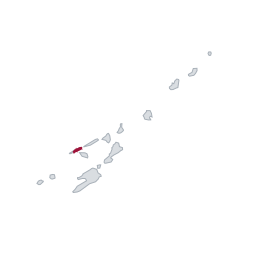 South Maewo, Penama, Vanuatu (highlighted), rotated 248°
{"feature_id": "77236927B86135291775280", "entity_name": "South Maewo", "entity_type": "district", "adm_level": 2, "iso_a3": "VUT", "parent_name": "Vanuatu", "parent_adm1": "Penama", "projection": "equal_earth", "projection_center": [168.149, -15.259], "detail": "fine", "context": "in_parent", "style": "filled", "palette": "rose", "viewbox_px": 256, "rotation_deg": 248, "n_neighbors": 0, "source": "geoboundaries", "source_scale": "gbopen_adm2", "svg_char_len": 3670}
<svg xmlns="http://www.w3.org/2000/svg" viewBox="0 0 256 256"><g transform="rotate(248 128 128)"><path d="M93.0,59.1L94.6,69.8L96.4,69.7L97.3,69.2L98.3,66.7L98.8,62.7L99.8,62.2L100.9,62.6L100.4,63.8L100.8,67.0L101.7,68.7L102.3,69.0L103.5,77.3L104.0,79.0L104.0,80.4L101.4,83.5L97.6,83.4L95.0,85.2L93.3,85.1L93.4,83.0L91.9,81.4L90.3,77.8L90.7,71.5L87.7,59.8L87.7,56.9L88.7,53.1L89.6,52.9L91.0,56.1L93.0,59.1ZM109.1,100.1L110.2,100.8L110.8,100.8L111.2,102.4L114.6,105.5L115.6,105.4L116.4,107.1L117.8,108.0L118.2,109.8L119.3,111.5L117.5,113.7L113.9,113.1L111.9,115.5L110.0,114.9L109.7,113.6L109.9,113.2L108.8,109.9L108.3,104.9L107.6,102.0L106.8,100.7L105.1,101.8L104.4,102.0L102.8,99.6L103.6,94.7L104.0,93.3L105.3,93.0L107.2,94.3L109.1,100.1ZM155.1,191.6L154.0,193.1L153.0,193.0L146.8,189.4L147.0,187.9L146.8,184.1L147.5,182.1L149.2,181.3L150.5,181.7L151.3,184.7L153.2,185.9L151.9,187.0L154.2,189.2L155.1,191.6ZM133.9,146.7L136.3,151.3L137.2,151.7L135.8,155.0L132.8,155.2L129.2,154.4L130.5,153.3L129.9,152.0L128.8,151.7L127.6,152.3L127.0,152.1L127.8,150.0L129.8,147.0L130.3,146.8L130.9,146.8L131.4,147.0L133.9,146.7ZM130.3,107.9L127.6,108.2L123.7,107.2L122.2,105.8L121.5,104.4L122.8,103.4L124.8,102.9L127.2,99.6L128.0,100.9L128.9,104.5L129.8,105.6L130.4,106.7L130.3,107.9ZM158.7,210.8L157.5,214.3L155.3,213.5L153.3,211.0L152.2,208.8L153.0,204.5L154.0,203.8L155.1,204.1L155.6,208.2L158.7,210.8ZM128.3,96.1L127.9,96.1L127.5,94.6L126.2,86.7L127.1,79.6L127.6,81.1L129.6,93.5L129.4,95.6L128.3,96.1ZM133.9,122.1L134.6,122.6L134.3,124.0L131.0,122.4L128.3,123.0L127.6,123.0L126.8,121.7L126.2,119.3L126.5,117.6L127.6,116.4L128.0,116.2L128.8,117.7L129.6,118.7L130.3,119.1L132.0,121.5L133.9,122.1ZM121.1,78.8L119.5,80.3L116.5,80.1L115.4,79.3L119.0,74.8L123.3,73.8L121.1,78.8ZM113.2,40.7L112.2,42.3L109.5,41.8L108.8,41.4L109.0,38.6L109.7,37.7L111.3,36.9L113.5,38.2L113.2,40.7ZM110.9,29.2L110.5,29.5L109.9,29.3L108.5,25.4L108.9,24.1L110.7,22.8L112.3,25.0L112.4,26.2L112.4,27.2L112.2,28.1L111.1,28.5L110.9,29.2ZM127.8,75.3L127.3,77.3L126.3,75.0L125.7,65.2L126.0,64.3L126.5,64.2L127.7,71.0L127.8,75.3ZM168.3,231.4L167.5,233.2L166.2,233.2L164.5,231.9L164.9,230.4L166.7,230.1L167.3,230.2L168.3,231.4ZM104.4,88.1L104.0,88.9L101.4,86.8L102.0,84.8L104.8,85.5L104.4,88.1Z" fill="#d9dde1" stroke="#a8b0b8" stroke-width="1"/><path d="M125.4,68.8L125.5,69.0L125.6,69.3L125.7,69.5L125.7,70.0L125.8,70.2L125.8,70.3L125.9,70.5L125.9,70.8L125.9,71.0L125.9,71.3L125.8,71.5L126.0,71.8L126.0,72.0L126.0,72.3L125.9,72.3L126.0,72.4L126.1,72.5L126.0,72.8L126.0,73.0L126.0,73.3L126.0,73.5L125.9,73.5L125.9,73.8L125.9,74.0L126.0,74.0L125.9,74.1L126.0,74.3L126.0,74.5L126.1,74.8L126.1,75.0L126.1,75.3L126.1,75.5L126.3,75.7L126.2,75.7L126.3,75.7L126.3,75.8L126.2,75.9L126.3,76.0L126.4,76.4L126.4,76.5L126.5,76.6L126.4,76.7L126.4,76.8L126.5,76.8L126.4,76.9L126.5,76.9L126.4,76.9L126.3,77.0L126.2,77.0L126.3,77.0L126.5,77.2L126.7,77.3L126.8,77.3L127.0,77.4L127.2,77.2L127.2,77.3L127.3,77.3L127.3,77.2L127.4,76.9L127.4,76.7L127.5,76.5L127.5,76.4L127.5,76.5L127.5,76.4L127.6,76.2L127.6,75.9L127.5,75.7L127.4,75.7L127.5,75.5L127.5,75.3L127.5,75.2L127.6,74.9L127.7,75.0L127.7,74.9L127.6,74.7L127.4,74.6L127.3,74.4L127.2,74.3L127.2,74.2L127.3,74.2L127.3,73.9L127.2,73.7L127.3,73.6L127.5,73.5L127.5,73.4L127.4,73.4L127.4,73.2L127.4,72.9L127.3,72.7L127.4,72.4L127.4,72.2L127.5,72.1L127.5,71.9L127.4,71.8L127.5,71.8L127.4,71.7L127.4,71.4L127.3,71.2L127.2,71.0L127.3,70.9L127.3,70.6L127.3,70.4L127.2,70.4L127.0,70.2L126.9,70.1L126.8,69.9L126.8,69.7L126.8,69.4L126.7,69.3L126.7,69.2L126.7,68.9L126.6,68.7L126.1,68.7L125.8,68.7L125.6,68.8L125.4,68.8L125.4,68.8Z" fill="#f43f5e" stroke="#9f1239" stroke-width="1.5"/></g></svg>